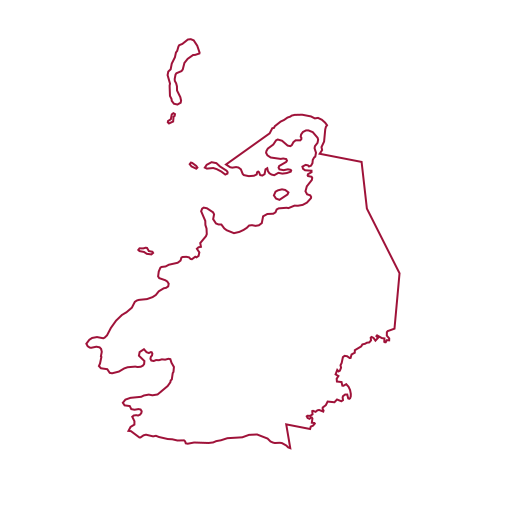 National Capital District, National Capital District, Papua New Guinea (Mercator projection), rotated 101°
{"feature_id": "67681753B89852769449867", "entity_name": "National Capital District", "entity_type": "district", "adm_level": 2, "iso_a3": "PNG", "parent_name": "Papua New Guinea", "parent_adm1": "National Capital District", "projection": "mercator", "projection_center": [147.2, -9.446], "detail": "fine", "context": "isolated", "style": "outline", "palette": "rose", "viewbox_px": 512, "rotation_deg": 101, "n_neighbors": 0, "source": "geoboundaries", "source_scale": "gbopen_adm2", "svg_char_len": 6145}
<svg xmlns="http://www.w3.org/2000/svg" viewBox="0 0 512 512"><g transform="rotate(101 256 256)"><path d="M171.9,302.9L173.8,298.3L173.8,296.1L172.5,292.5L172.5,290.1L173.8,287.4L178.0,284.7L178.9,283.4L179.0,278.3L177.6,273.3L175.8,270.9L173.6,270.9L172.7,270.0L173.1,269.1L175.8,267.3L175.8,265.1L174.0,263.2L169.1,263.2L167.7,261.7L170.4,260.5L172.2,258.7L173.1,256.3L173.2,253.5L170.1,249.9L170.1,245.8L168.7,241.6L166.6,238.0L165.3,237.8L164.8,238.5L164.8,241.2L166.5,245.3L166.5,249.5L165.0,250.7L163.2,250.4L157.9,244.3L156.5,243.8L155.1,244.8L155.1,247.9L156.0,250.3L156.5,260.4L155.0,264.0L152.8,265.8L151.0,265.8L148.3,264.9L143.3,260.3L138.7,258.4L137.5,256.9L137.9,252.4L141.6,246.0L141.6,243.2L140.3,242.0L137.1,241.0L134.9,239.2L134.0,234.6L132.6,233.8L131.3,234.0L130.4,234.9L128.1,234.9L125.3,233.6L123.2,230.9L122.7,228.5L123.6,223.9L128.2,218.1L130.0,217.2L133.2,217.2L136.9,219.1L139.0,219.1L143.2,216.8L147.2,216.8L148.1,217.7L150.8,218.6L154.1,218.3L156.8,219.2L158.0,221.1L157.1,222.3L157.1,224.7L159.4,227.5L161.4,226.5L162.5,224.2L161.7,217.8L163.1,217.5L165.8,220.6L167.0,220.7L167.6,220.2L167.6,216.6L168.6,215.7L170.7,215.7L177.9,219.4L183.0,219.8L185.7,217.6L186.1,214.3L187.6,213.1L188.8,213.1L193.9,216.2L196.9,219.9L198.7,224.5L199.2,227.8L202.8,233.3L202.8,235.1L204.9,242.8L206.4,244.6L209.4,245.2L211.2,247.1L212.6,252.9L215.7,256.6L222.6,256.6L225.3,259.0L226.5,262.2L226.5,265.8L227.4,268.6L230.1,270.4L232.8,273.2L235.5,276.9L237.8,282.0L236.3,289.7L235.0,292.4L231.7,296.0L232.2,298.8L231.7,301.5L228.0,305.1L223.1,305.1L221.3,306.5L218.5,313.3L218.5,316.6L219.8,317.9L222.5,318.4L231.2,312.5L235.2,311.6L238.5,309.8L243.9,308.5L246.1,308.9L253.9,313.2L257.5,311.8L258.4,314.1L260.2,315.4L263.3,312.3L266.9,312.4L268.7,314.2L268.3,315.5L271.4,318.3L271.4,319.7L270.1,321.5L270.1,324.3L271.0,327.9L271.8,328.9L274.9,329.2L277.6,331.6L281.2,339.9L283.5,342.7L284.8,346.7L285.7,347.6L289.7,348.5L294.7,348.2L296.2,346.8L297.1,340.4L298.0,338.2L299.9,336.4L302.6,336.4L304.4,338.2L305.3,340.4L309.2,344.7L313.4,346.9L316.1,349.7L319.1,354.8L321.4,362.5L322.3,364.3L324.1,366.2L330.4,368.0L335.8,372.3L339.4,376.3L346.1,381.0L354.2,384.7L362.3,387.1L365.0,389.0L365.9,390.2L365.9,396.6L367.7,401.2L370.0,403.6L374.5,405.8L376.7,404.0L377.6,401.8L377.6,400.4L375.5,395.4L375.5,392.1L376.8,390.3L379.5,389.1L384.1,389.1L384.6,388.5L391.3,388.6L394.0,389.2L395.8,386.8L395.5,380.4L398.6,377.3L398.6,374.9L395.6,368.5L391.5,363.9L389.7,360.8L387.6,353.4L387.6,351.1L386.7,348.0L385.2,346.1L383.4,345.2L380.4,345.5L376.2,351.9L372.5,351.9L368.9,348.2L371.3,345.1L371.7,342.7L370.4,340.9L370.4,340.0L371.7,339.1L373.5,339.1L375.0,340.0L377.1,340.0L378.6,338.8L378.6,336.4L377.2,334.2L376.8,331.4L375.4,328.7L375.1,325.4L373.6,322.3L373.6,320.4L376.9,318.6L380.6,315.4L385.5,314.9L386.9,315.4L393.2,315.1L394.5,316.0L396.3,316.0L400.5,317.9L410.7,326.2L412.5,331.1L412.5,334.8L414.3,339.4L416.1,341.8L419.2,352.2L421.9,356.8L425.5,358.7L427.7,356.5L427.4,351.3L430.1,349.2L430.1,345.9L428.7,342.2L428.7,340.0L430.2,338.6L432.0,338.6L433.8,339.5L435.1,341.3L435.1,343.2L435.9,345.6L437.4,346.8L441.4,343.8L444.7,343.2L447.7,346.5L452.0,347.8L451.8,345.3L456.4,335.8L456.2,334.8L453.5,332.2L452.4,329.9L452.7,322.6L451.6,319.9L452.2,316.7L452.5,307.7L451.9,303.2L452.1,297.9L450.7,291.5L451.5,290.2L453.3,289.2L453.3,287.2L450.9,281.2L448.6,266.9L447.2,262.5L445.3,259.7L443.6,255.3L440.3,249.3L436.6,234.9L432.9,228.7L431.0,220.9L433.0,209.8L435.3,206.4L435.9,203.8L436.0,201.9L434.8,197.0L434.7,194.8L436.3,190.0L437.7,188.0L438.1,185.7L415.5,194.2L415.5,169.9L413.0,169.7L411.7,167.7L409.3,166.3L408.8,166.8L409.0,169.4L404.8,169.6L403.9,170.4L404.0,171.2L405.6,172.4L405.2,174.4L403.7,175.6L403.0,175.0L402.6,172.4L400.7,170.3L397.5,171.2L397.1,170.5L397.6,167.8L395.8,166.3L395.1,164.7L395.9,160.3L394.8,160.2L393.5,161.4L392.0,161.6L389.1,159.0L385.2,157.9L384.6,151.1L381.4,149.1L382.3,144.5L380.9,143.1L378.2,144.0L376.9,143.8L375.0,142.1L374.6,140.0L378.2,138.3L378.4,137.2L377.7,136.5L375.7,136.2L373.3,136.6L369.6,138.1L366.7,140.2L364.6,143.0L366.7,145.4L366.8,146.5L363.4,148.0L363.8,152.6L361.1,153.4L358.1,152.2L357.0,155.3L352.3,154.5L353.5,152.9L352.6,151.8L349.4,151.2L347.1,152.2L344.7,151.5L338.7,151.4L337.1,150.0L337.0,147.4L338.3,144.6L338.0,143.7L334.4,143.4L332.1,140.6L329.6,141.0L324.7,135.5L322.5,134.7L321.3,132.1L320.0,130.7L319.2,128.3L316.9,127.0L314.2,127.8L313.4,127.1L314.0,125.0L316.3,122.6L313.1,120.6L311.7,122.5L310.8,122.0L312.6,116.7L312.4,114.2L315.8,113.7L316.1,112.8L315.9,112.2L313.7,111.6L313.4,109.2L311.5,109.5L309.2,112.4L305.8,113.0L304.6,112.4L300.9,106.2L245.6,111.8L188.3,156.2L143.5,170.3L143.5,213.0L139.4,211.3L136.6,212.5L130.7,211.0L118.4,212.2L115.8,212.0L114.1,211.2L111.9,213.6L109.7,217.3L108.6,221.5L109.7,224.5L108.5,228.7L108.5,237.6L110.1,245.0L111.4,247.8L112.6,248.9L114.1,251.5L117.1,254.4L119.3,257.4L125.0,262.3L126.8,262.8L127.5,264.4L133.0,266.0L171.9,302.9ZM67.1,350.2L60.8,353.8L56.2,358.3L55.6,361.4L56.5,364.2L61.9,368.8L63.7,371.6L65.1,372.1L69.7,372.5L71.5,373.4L76.4,373.5L83.2,375.4L89.0,375.4L91.7,377.3L95.3,377.3L103.2,373.3L105.3,373.3L115.3,371.0L118.0,368.9L119.8,368.3L122.2,365.6L122.3,362.0L119.9,359.2L117.7,359.2L114.5,360.6L108.6,365.1L104.5,366.0L101.8,367.3L99.6,369.1L97.8,369.6L93.2,369.6L91.8,369.0L88.7,364.4L86.9,363.5L80.1,363.1L75.5,360.7L70.7,356.1L70.2,354.1L68.0,350.2L67.1,350.2ZM175.0,308.4L172.4,312.6L172.4,317.5L175.9,321.8L179.0,323.1L179.6,320.9L177.8,314.8L178.2,311.2L179.7,306.2L181.9,301.7L180.6,299.8L179.2,299.8L177.9,301.1L175.0,308.4ZM187.4,236.3L185.6,239.9L185.6,243.2L187.3,246.9L189.1,249.1L193.1,250.0L195.8,247.3L196.4,243.7L189.6,236.8L187.4,236.3ZM272.6,357.6L271.6,358.5L271.6,362.1L268.9,364.5L268.9,365.8L270.1,368.2L270.7,371.8L272.5,372.7L273.4,371.3L273.4,366.7L274.7,363.6L274.4,359.0L272.6,357.6ZM132.2,362.6L131.6,364.4L133.1,365.7L138.0,365.7L140.3,368.1L141.6,368.1L142.5,366.7L139.8,363.0L134.9,363.5L134.0,362.6L132.2,362.6ZM180.4,330.4L179.0,331.8L176.8,336.4L176.7,337.7L178.5,338.6L180.4,336.4L181.7,331.3L180.4,330.4Z" fill="none" stroke="#9f1239" stroke-width="2"/></g></svg>